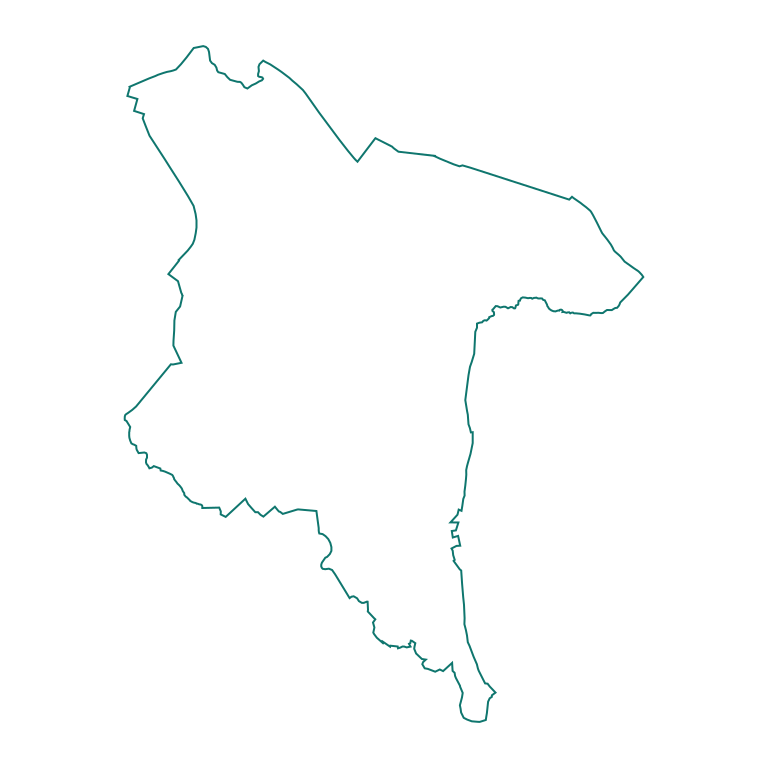 Santa Isabel Cholula, Puebla, Mexico (orthographic projection)
{"feature_id": "50627088B13237114427386", "entity_name": "Santa Isabel Cholula", "entity_type": "district", "adm_level": 2, "iso_a3": "MEX", "parent_name": "Mexico", "parent_adm1": "Puebla", "projection": "orthographic", "projection_center": [-98.379, 18.968], "detail": "fine", "context": "isolated", "style": "outline", "palette": "teal", "viewbox_px": 768, "rotation_deg": 0, "n_neighbors": 0, "source": "geoboundaries", "source_scale": "gbopen_adm2", "svg_char_len": 6056}
<svg xmlns="http://www.w3.org/2000/svg" viewBox="0 0 768 768"><path d="M462.5,165.4L459.5,166.3L453.6,164.3L440.0,158.7L434.9,156.3L434.0,156.0L434.2,155.8L398.4,151.7L397.9,151.3L394.2,148.6L392.5,147.1L392.2,146.7L375.4,138.2L357.5,161.7L355.5,159.8L353.8,157.9L348.1,151.0L339.5,140.0L319.1,112.6L305.7,93.6L302.9,90.0L296.6,84.2L292.4,80.7L289.4,77.9L281.6,72.0L278.3,69.7L270.4,64.5L268.1,63.3L265.5,62.0L263.2,60.6L259.5,64.2L258.5,66.9L258.9,71.1L258.1,74.0L258.1,76.0L259.2,76.8L260.8,77.0L262.4,77.5L263.1,78.8L261.9,80.3L259.2,81.4L255.8,83.5L251.8,85.3L247.4,88.5L244.4,87.2L242.9,84.8L241.3,82.7L240.0,81.9L237.4,81.8L230.1,79.8L227.3,77.1L224.8,74.0L218.3,72.2L217.1,70.5L216.4,67.6L214.7,64.8L211.9,63.1L210.1,60.6L209.0,51.9L208.0,48.9L205.8,46.9L203.2,46.1L197.3,47.3L193.7,48.0L186.5,57.5L180.9,64.3L176.0,69.5L173.2,70.5L170.6,71.2L167.0,71.9L163.6,72.9L158.0,74.8L155.4,76.0L148.9,78.5L129.5,86.8L129.8,87.5L127.4,96.0L137.4,99.0L134.1,110.9L144.0,114.1L142.7,118.3L145.5,125.6L149.5,135.7L164.7,159.1L170.9,168.9L178.9,181.4L188.1,196.3L193.6,205.9L195.6,214.0L196.5,220.4L196.5,227.5L195.7,233.3L194.4,239.7L192.8,243.8L190.7,246.8L187.7,250.6L178.7,260.0L179.1,260.4L179.0,260.7L168.4,274.1L178.0,281.2L181.3,292.9L181.8,293.7L182.2,295.2L182.6,295.5L180.1,306.5L175.8,311.9L174.4,320.5L174.2,330.3L173.5,340.9L173.4,345.6L181.5,362.8L173.0,364.5L170.9,364.3L136.1,406.5L132.1,410.0L128.1,412.9L126.1,414.2L125.2,415.1L124.8,416.5L124.7,418.7L124.8,420.0L126.5,421.0L130.2,427.0L129.5,430.1L129.5,431.1L129.2,432.1L129.2,433.4L129.2,435.9L129.4,437.8L130.2,440.6L131.4,443.4L133.0,444.3L134.0,444.6L135.1,445.2L136.2,445.8L136.4,448.4L136.7,449.7L138.6,453.1L144.4,452.5L146.3,453.2L147.0,454.8L147.0,457.7L146.1,459.5L146.0,462.4L146.5,463.9L147.7,465.3L148.7,466.9L149.4,468.3L151.9,467.6L153.8,466.1L160.3,468.5L160.7,470.5L162.8,470.9L165.0,471.6L169.6,473.6L172.2,474.9L172.6,475.4L173.2,476.4L173.5,477.3L174.0,478.1L174.2,479.2L175.0,480.3L176.2,481.8L177.5,483.6L179.3,485.3L180.4,486.6L181.8,488.5L182.8,491.1L184.2,493.1L184.3,494.8L185.7,496.6L186.8,497.3L187.9,498.4L188.2,498.6L188.8,499.3L189.7,500.1L190.1,500.8L191.1,501.4L192.4,502.1L193.2,502.4L194.2,502.7L195.8,503.0L196.7,503.7L197.6,503.7L198.4,504.0L199.1,504.3L199.9,504.4L200.8,504.6L201.6,505.0L202.1,505.6L202.3,506.1L202.3,508.0L219.2,507.6L220.8,511.4L220.7,514.4L225.7,516.9L245.4,498.7L248.1,504.1L251.5,508.0L255.3,512.2L258.0,512.2L260.5,514.8L263.4,516.6L274.9,506.7L278.0,510.5L279.1,511.6L280.2,511.9L282.8,513.9L293.7,510.6L297.0,509.6L298.1,509.4L316.4,511.0L318.7,528.1L318.7,530.3L318.9,532.1L319.3,533.5L322.6,534.1L325.6,536.2L328.3,539.1L330.3,542.9L331.4,547.1L331.4,550.9L329.8,554.1L327.1,556.9L325.3,557.7L321.9,562.7L321.3,564.5L321.2,566.2L321.8,567.8L322.7,568.8L325.2,569.2L328.9,568.7L332.1,570.0L335.1,574.3L349.6,598.1L351.5,596.7L353.7,596.3L357.1,598.3L358.9,601.1L361.9,602.9L363.7,602.9L367.0,601.6L367.6,601.7L368.0,609.7L367.8,611.5L373.7,617.8L375.3,619.3L373.0,622.5L374.4,627.5L373.3,632.6L374.1,634.1L376.8,637.7L383.8,643.9L381.3,640.6L390.1,646.7L390.4,645.7L397.7,646.5L398.0,648.3L400.3,647.6L402.5,646.5L404.0,646.5L406.7,647.4L410.5,646.6L409.0,643.8L410.3,643.1L410.8,640.6L411.9,640.8L415.3,643.2L414.5,646.6L414.2,648.8L416.1,653.5L421.9,659.0L425.8,659.6L423.1,662.1L422.3,664.2L424.7,668.3L427.9,668.9L435.2,671.7L439.8,669.5L443.1,671.1L452.1,662.9L452.6,670.9L454.6,672.8L455.1,676.0L455.9,678.0L460.0,685.8L460.1,686.7L462.7,692.9L462.0,697.3L459.9,705.3L460.6,708.8L461.1,712.5L463.7,717.8L467.2,719.6L471.8,721.3L477.6,721.8L479.7,721.9L485.8,720.0L486.3,716.6L486.9,713.1L488.1,701.7L489.7,698.3L491.8,696.9L491.9,695.3L495.5,692.6L489.8,686.6L487.6,683.7L485.1,683.4L478.7,670.7L477.9,668.5L476.9,664.3L473.6,656.7L469.5,645.8L467.8,642.2L467.0,635.5L465.9,630.0L464.4,624.2L464.6,618.2L464.0,604.8L463.2,597.1L462.1,583.8L461.2,570.5L459.8,569.4L453.6,560.9L454.7,559.9L453.2,555.2L452.7,550.7L451.5,548.5L456.5,545.9L460.2,545.7L458.1,535.9L452.8,537.5L451.8,531.0L455.9,530.4L458.4,522.5L450.5,522.4L457.5,514.7L458.7,509.6L461.5,510.8L462.3,506.0L463.3,498.9L464.6,495.6L464.5,491.6L465.3,485.5L466.0,478.7L466.3,474.7L466.2,470.1L467.0,466.2L467.9,462.9L470.5,453.9L472.7,443.1L472.7,432.2L470.9,432.4L469.9,428.1L468.5,424.3L467.8,414.7L467.1,411.2L465.3,400.1L468.5,375.3L470.0,366.8L471.7,362.0L474.2,353.8L475.3,331.8L477.0,327.7L477.0,323.6L479.4,322.7L482.1,322.3L483.3,320.9L484.5,320.3L485.7,320.3L486.4,320.6L486.5,320.6L487.1,320.2L487.6,319.7L489.1,318.2L489.2,317.2L490.1,316.8L491.6,316.1L492.9,315.9L494.0,315.0L494.1,314.5L493.9,312.2L493.2,311.6L492.4,310.8L492.4,309.7L493.0,309.3L494.2,307.9L495.7,306.1L497.5,306.2L500.3,307.5L503.7,306.7L505.5,306.8L508.0,308.3L509.5,307.6L510.7,307.0L512.4,307.2L513.8,308.3L514.9,308.4L515.2,308.2L515.6,306.9L515.9,305.5L518.1,304.7L518.3,304.2L518.4,302.2L518.6,300.8L520.0,300.6L520.2,299.7L521.0,298.3L522.7,297.4L525.2,297.6L528.0,298.2L529.9,297.9L531.3,298.0L532.2,298.7L534.0,297.9L535.0,297.9L536.2,297.6L537.7,298.3L538.7,298.5L540.8,298.4L542.1,298.5L543.2,299.9L544.8,300.3L547.0,304.6L547.4,306.2L548.3,307.3L548.8,308.4L549.8,309.3L551.4,310.4L553.4,311.2L555.6,311.4L556.5,311.0L558.2,310.5L559.3,310.6L559.7,309.9L561.0,309.6L562.1,310.1L562.8,311.1L562.5,312.0L563.6,311.9L566.5,312.8L567.8,312.4L569.2,312.3L570.2,313.3L570.6,313.0L572.2,312.6L573.0,312.6L573.8,313.2L574.1,313.3L575.7,313.3L579.9,313.7L584.5,314.4L589.4,315.4L590.4,315.4L591.3,314.0L593.3,312.8L594.6,312.9L598.6,312.8L601.2,313.1L602.9,313.0L605.3,311.1L607.0,310.0L611.8,310.1L613.8,308.8L615.3,308.0L617.1,307.8L618.8,305.8L619.5,304.5L620.2,302.5L628.0,294.6L643.3,277.0L641.8,274.8L639.5,272.3L638.3,271.2L633.7,268.1L624.6,261.6L620.7,256.7L618.8,254.9L615.3,251.9L614.5,251.1L613.8,250.2L612.7,247.8L610.9,244.6L607.3,239.6L602.2,233.2L601.2,231.3L596.8,222.4L593.0,215.1L591.2,212.0L590.3,210.8L586.1,207.2L582.4,204.4L580.8,203.1L573.6,198.1L572.0,196.8L569.2,199.6L470.4,167.7L462.5,165.4Z" fill="none" stroke="#0f766e" stroke-width="2"/></svg>